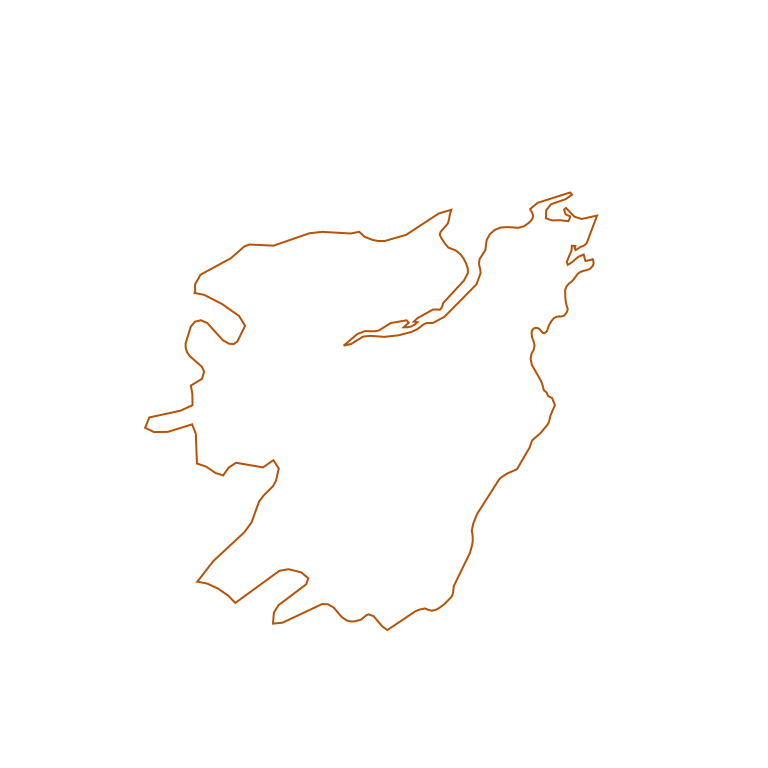 map outline of Loire-Atlantique (Natural Earth projection), rotated 138°
{"feature_id": "FRA-5316", "entity_name": "Loire-Atlantique", "entity_type": "Metropolitan department", "adm_level": 1, "iso_a3": "FRA", "parent_name": "France", "parent_adm1": "", "projection": "natural_earth1", "projection_center": [-1.707, 47.343], "detail": "fine", "context": "isolated", "style": "outline", "palette": "amber", "viewbox_px": 768, "rotation_deg": 138, "n_neighbors": 0, "source": "natural_earth", "source_scale": "10m", "svg_char_len": 4594}
<svg xmlns="http://www.w3.org/2000/svg" viewBox="0 0 768 768"><g transform="rotate(138 384 384)"><path d="M300.6,513.7L300.0,506.6L296.3,499.1L292.7,494.2L287.6,489.7L267.6,480.0L229.2,474.1L217.4,468.4L221.8,465.8L225.4,462.9L229.3,460.5L240.1,459.2L242.7,457.7L243.7,454.2L244.7,448.0L244.9,442.2L241.4,435.6L240.4,429.2L240.8,424.5L242.2,419.0L244.3,414.0L247.3,410.4L255.2,407.4L285.8,404.6L288.1,403.1L290.4,402.1L292.8,401.8L295.5,404.6L297.9,406.6L315.0,410.5L320.1,410.4L317.8,407.5L321.6,407.6L325.2,408.5L328.4,410.3L331.4,413.0L324.6,413.0L324.6,416.2L338.2,424.8L352.0,427.2L355.4,429.2L362.8,436.1L370.4,439.0L388.3,439.5L381.6,435.7L368.0,433.3L362.2,429.2L352.2,418.8L340.5,410.4L329.0,404.4L322.3,402.4L314.5,401.8L311.6,400.8L306.9,396.7L294.3,393.5L248.5,396.2L238.0,401.8L235.7,404.9L234.3,407.6L232.5,410.3L229.1,413.0L219.2,415.6L211.4,422.3L205.1,424.5L198.6,424.4L192.6,422.2L187.7,418.4L179.6,410.2L174.3,407.5L168.7,406.9L165.6,407.1L163.1,407.5L160.5,409.5L159.2,412.4L158.7,415.0L158.4,416.2L148.7,415.9L117.6,401.8L117.6,398.9L125.3,399.8L139.5,405.8L147.1,404.6L152.8,398.8L149.7,393.2L143.1,387.5L138.1,381.6L135.6,382.6L134.5,383.3L133.5,384.2L135.1,387.3L135.3,389.0L133.5,393.1L131.0,393.1L130.5,380.8L126.7,374.4L113.0,366.6L139.4,352.9L143.0,353.1L146.4,354.4L152.0,355.3L151.3,357.7L150.9,357.7L149.5,358.5L151.9,361.1L155.1,357.9L166.6,352.4L167.7,349.5L162.6,348.7L154.4,348.5L149.0,346.6L152.0,340.6L146.6,337.5L144.7,337.3L144.8,337.3L145.2,337.1L147.4,333.4L149.9,332.1L154.0,331.7L157.4,333.1L160.6,334.9L163.6,336.0L166.7,336.2L173.1,334.8L176.3,334.6L179.5,334.9L183.0,334.4L186.7,332.5L191.5,326.8L194.2,323.0L196.0,319.7L197.1,317.1L197.5,316.6L198.5,315.9L200.8,314.8L204.5,314.3L206.7,315.4L208.1,316.3L208.6,317.0L209.4,317.6L210.8,318.5L213.7,319.3L217.7,318.7L222.2,317.2L227.8,314.1L230.6,314.4L231.7,315.5L231.9,316.5L231.7,319.1L231.7,321.0L232.2,322.4L233.6,324.3L235.8,325.1L238.3,324.7L240.2,323.2L242.8,319.5L244.5,315.1L246.5,311.7L250.3,309.0L253.9,307.9L258.0,304.8L261.3,299.4L265.4,280.7L267.7,275.5L268.9,273.5L269.4,271.7L268.9,269.8L269.0,268.2L269.7,266.5L270.1,265.2L269.2,262.7L268.5,261.3L271.0,254.0L281.4,249.2L286.3,245.7L287.7,245.0L290.1,244.3L300.3,242.8L311.7,243.0L318.4,239.3L342.3,231.7L352.5,235.1L358.8,236.1L362.1,236.1L402.2,225.0L411.3,220.4L417.0,216.2L418.7,213.3L420.8,210.6L423.2,207.9L426.2,205.4L433.1,201.0L467.4,187.1L472.5,182.5L476.2,180.7L486.3,180.0L493.5,180.7L497.0,181.7L500.1,183.4L502.4,186.9L503.6,189.7L508.4,192.5L512.8,194.1L546.1,198.9L547.5,205.1L547.1,218.5L549.6,223.1L551.6,223.9L558.9,224.3L565.0,227.5L567.8,230.0L569.9,233.1L571.3,239.0L571.0,251.7L573.0,257.7L577.0,261.8L619.1,274.5L626.8,280.2L618.8,287.8L610.2,290.2L575.9,287.2L570.2,290.3L571.6,299.5L578.8,310.2L586.8,315.2L641.0,320.8L641.4,331.0L644.3,343.1L649.1,354.3L655.0,362.0L654.9,362.0L654.6,362.1L654.3,362.1L654.0,362.2L653.7,362.2L653.3,362.3L652.8,362.4L652.4,362.5L651.9,362.5L651.3,362.6L650.7,362.7L650.1,362.9L649.5,363.0L648.9,363.1L648.2,363.2L647.5,363.3L646.8,363.5L646.0,363.6L645.3,363.7L644.5,363.9L643.8,364.0L643.0,364.2L642.2,364.3L641.5,364.4L640.7,364.6L639.9,364.7L639.2,364.8L638.5,365.0L637.7,365.1L637.0,365.2L636.3,365.4L635.6,365.5L635.0,365.6L634.3,365.7L633.7,365.8L633.2,365.9L632.6,366.0L632.1,366.1L631.6,366.2L631.2,366.3L630.8,366.4L630.5,366.4L630.2,366.5L629.9,366.5L629.7,366.6L629.4,366.6L587.0,367.3L575.0,369.8L555.6,380.2L548.8,381.6L534.7,382.4L528.8,384.5L528.7,384.5L528.4,384.8L528.2,384.9L528.1,385.0L527.9,385.1L527.7,385.3L527.3,385.6L527.1,385.7L526.8,385.9L526.6,386.1L526.3,386.2L526.0,386.4L525.8,386.6L525.5,386.8L525.2,387.0L524.9,387.3L524.6,387.5L524.3,387.7L524.0,387.9L523.7,388.1L523.4,388.3L523.1,388.5L522.8,388.8L522.5,389.0L522.2,389.2L521.9,389.4L521.6,389.6L521.4,389.8L521.1,390.0L520.8,390.2L520.6,390.3L520.3,390.5L520.1,390.7L519.9,390.8L519.7,391.0L519.3,391.2L519.2,391.3L518.9,391.5L518.7,391.6L517.2,401.4L529.7,403.0L546.7,424.5L555.3,425.8L564.7,423.7L568.8,430.7L571.4,441.4L576.2,450.1L557.2,472.9L553.6,482.4L576.7,493.1L587.1,502.2L590.8,511.3L580.8,516.2L553.2,500.4L540.4,496.4L532.8,505.2L528.6,512.1L515.8,509.6L509.5,513.5L507.8,518.6L509.7,534.6L509.0,539.6L507.1,543.7L504.3,546.9L489.2,555.9L482.8,556.8L477.4,553.9L474.5,547.5L474.5,524.3L472.2,517.6L468.9,514.2L464.5,513.7L448.3,520.2L446.2,531.5L450.8,551.7L458.0,570.6L463.9,578.4L462.2,579.4L457.7,584.5L447.2,588.0L413.4,579.9L395.6,579.7L390.6,577.6L373.5,560.7L338.5,545.9L328.0,538.3L308.0,518.1L300.6,513.7Z" fill="none" stroke="#b45309" stroke-width="2"/></g></svg>